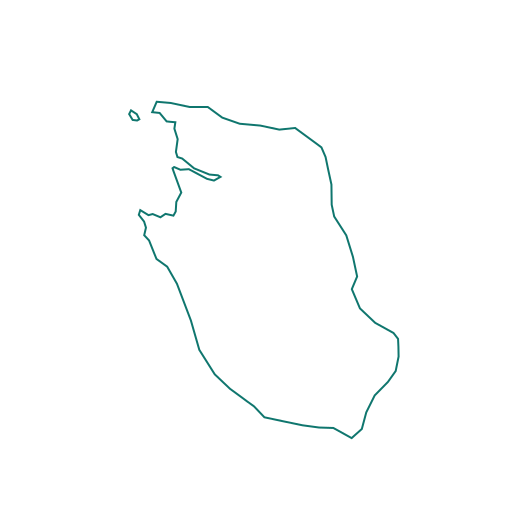 the district of Hamhung City, Hamgyŏng-namdo, North Korea, rotated 125°
{"feature_id": "82179303B86824596043159", "entity_name": "Hamhung City", "entity_type": "district", "adm_level": 2, "iso_a3": "PRK", "parent_name": "North Korea", "parent_adm1": "Hamgyŏng-namdo", "projection": "orthographic", "projection_center": [127.611, 39.908], "detail": "fine", "context": "isolated", "style": "outline", "palette": "teal", "viewbox_px": 512, "rotation_deg": 125, "n_neighbors": 0, "source": "geoboundaries", "source_scale": "gbopen_adm2", "svg_char_len": 1259}
<svg xmlns="http://www.w3.org/2000/svg" viewBox="0 0 512 512"><g transform="rotate(125 256 256)"><path d="M380.2,180.0L380.3,171.4L383.3,156.6L375.7,138.7L368.0,120.8L360.3,105.9L352.5,94.0L350.3,73.2L345.9,72.2L337.0,70.1L320.8,76.0L302.1,78.8L283.5,75.7L270.1,75.6L256.6,81.5L248.5,87.4L242.4,92.1L240.2,99.2L242.4,120.0L239.3,140.8L228.2,158.5L214.8,161.4L201.1,176.1L187.3,193.9L178.8,214.6L170.6,223.4L154.2,235.2L143.3,247.0L135.0,255.8L129.5,264.7L129.3,270.6L128.7,297.4L139.1,309.4L146.7,327.3L157.0,345.2L162.0,363.0L161.6,380.9L172.0,395.8L179.6,413.7L186.6,425.8L197.7,423.5L194.1,417.0L197.0,406.4L195.2,403.1L192.7,398.8L198.5,395.9L205.2,387.2L216.7,381.3L220.0,377.1L218.5,372.4L219.7,357.0L216.0,340.9L211.7,333.4L211.6,330.5L218.3,333.7L220.9,340.4L223.4,360.8L228.7,367.4L230.1,374.1L232.0,374.7L233.5,372.7L246.9,353.6L257.4,352.3L265.6,347.3L270.3,346.8L273.4,354.3L279.1,356.5L280.9,364.7L284.2,367.5L284.8,377.1L289.5,375.6L292.0,367.4L295.9,362.4L303.1,359.5L304.6,352.5L312.6,340.3L315.5,335.8L315.7,322.6L324.1,304.8L346.2,272.3L365.4,248.6L376.6,221.9L379.7,201.1L380.0,186.3L380.2,180.0ZM212.5,441.3L215.3,435.1L213.2,431.1L210.9,430.0L208.2,435.0L208.4,441.9L212.5,441.3Z" fill="none" stroke="#0f766e" stroke-width="2"/></g></svg>